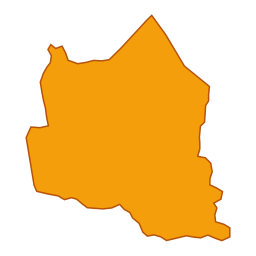 the district of Dom Macedo Costa, Bahia, Brazil
{"feature_id": "56859067B72952636719234", "entity_name": "Dom Macedo Costa", "entity_type": "district", "adm_level": 2, "iso_a3": "BRA", "parent_name": "Brazil", "parent_adm1": "Bahia", "projection": "mercator", "projection_center": [-39.172, -12.907], "detail": "fine", "context": "isolated", "style": "filled", "palette": "amber", "viewbox_px": 256, "rotation_deg": 0, "n_neighbors": 0, "source": "geoboundaries", "source_scale": "gbopen_adm2", "svg_char_len": 1083}
<svg xmlns="http://www.w3.org/2000/svg" viewBox="0 0 256 256"><path d="M36.7,191.3L48.0,194.0L58.2,195.9L64.5,199.6L71.5,197.7L76.7,199.2L82.4,204.0L87.3,207.7L94.7,208.3L103.2,208.9L111.8,207.9L119.7,204.4L124.4,209.5L129.9,212.5L132.6,217.9L139.1,223.3L142.9,232.2L147.4,236.1L154.1,234.9L160.9,236.9L166.5,240.5L186.3,235.8L194.4,237.2L200.7,237.8L207.9,235.1L215.1,238.2L221.9,240.6L229.8,236.9L229.8,227.9L223.9,224.3L215.6,221.8L214.8,214.9L216.9,207.9L213.7,203.1L220.9,199.2L222.5,191.6L216.2,187.8L209.8,184.8L210.0,178.4L212.2,171.8L210.7,163.2L205.4,157.8L197.7,156.3L199.8,149.1L199.8,143.6L199.4,137.0L200.4,126.2L204.5,122.2L205.1,113.8L205.6,105.6L208.6,100.8L208.6,94.4L209.4,86.5L184.4,66.1L165.6,34.6L151.7,15.4L147.1,19.9L120.9,48.2L109.2,59.7L101.7,60.9L93.8,60.4L86.1,62.4L77.7,63.7L68.1,60.3L65.5,52.8L62.1,46.2L55.6,48.5L50.8,44.6L48.0,49.5L51.4,55.8L50.3,62.8L46.8,67.3L43.3,73.6L40.3,82.1L42.0,92.4L43.5,100.5L45.3,107.3L46.8,118.3L48.4,125.8L39.9,127.7L30.9,127.0L26.2,137.6L34.1,185.3L36.7,191.3Z" fill="#f59e0b" stroke="#b45309" stroke-width="1.5"/></svg>